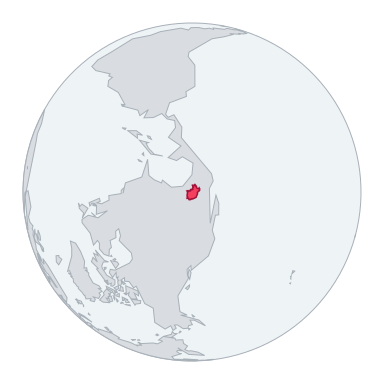 globe centered on Coahuila, rotated 215°
{"feature_id": "MEX-2708", "entity_name": "Coahuila", "entity_type": "State", "adm_level": 1, "iso_a3": "MEX", "parent_name": "Mexico", "parent_adm1": "", "projection": "orthographic", "projection_center": [-101.519, 27.229], "detail": "fine", "context": "on_globe", "style": "filled", "palette": "rose", "viewbox_px": 384, "rotation_deg": 215, "n_neighbors": 0, "source": "natural_earth", "source_scale": "10m", "svg_char_len": 11286}
<svg xmlns="http://www.w3.org/2000/svg" viewBox="0 0 384 384"><g transform="rotate(215 192 192)"><circle cx="192" cy="192" r="169" fill="#eef3f6" stroke="#a8b0b8"/><path d="M32.9,248.4L33.3,249.6L32.9,248.4ZM258.2,240.5L254.4,239.5L251.1,244.9L237.5,239.3L231.9,230.4L186.5,218.2L181.0,213.2L179.8,204.9L159.1,176.8L170.6,203.2L163.6,198.1L157.0,188.6L159.5,186.4L153.5,172.4L146.5,166.8L141.9,149.1L147.7,127.4L150.7,131.1L151.7,125.9L148.0,121.2L145.4,119.4L144.0,98.8L133.3,87.1L125.4,88.4L130.6,84.6L112.8,91.1L104.2,90.1L116.7,88.3L120.1,85.9L115.6,83.5L118.1,80.7L117.3,78.0L120.8,75.0L127.8,74.7L130.1,72.9L126.8,71.4L128.1,67.8L132.7,70.2L135.4,64.3L147.7,63.8L157.1,74.6L166.7,73.5L183.7,82.8L184.9,80.0L192.1,82.5L196.1,80.3L198.1,83.1L199.7,79.1L197.1,77.0L196.9,74.6L199.0,73.3L201.9,76.5L201.3,77.6L203.3,77.9L203.8,80.1L204.8,78.3L208.0,82.6L208.0,76.5L213.3,78.4L214.6,81.8L210.2,83.8L202.4,98.0L202.4,102.9L206.7,107.3L223.8,110.4L225.5,115.2L231.0,119.9L232.0,116.0L228.1,111.0L231.3,105.3L226.2,100.3L226.8,97.5L223.2,91.9L228.3,90.5L235.2,92.3L238.5,97.0L241.6,98.1L242.2,92.0L251.8,99.9L264.4,103.8L266.4,106.4L263.6,113.5L254.2,117.0L250.5,128.1L257.6,118.8L262.4,126.2L265.2,126.7L267.6,125.4L267.6,121.9L270.2,124.2L264.3,133.7L261.8,131.8L263.7,128.6L259.3,130.5L255.3,137.8L258.1,141.4L249.1,150.1L251.0,152.9L250.1,156.7L247.7,151.4L251.8,161.3L241.7,175.5L247.1,193.3L236.8,180.8L230.0,180.3L222.2,181.9L223.0,184.8L211.6,184.1L202.9,191.4L201.9,206.0L207.7,216.3L220.1,215.4L222.7,208.9L231.3,206.5L227.4,223.4L242.7,223.3L242.4,235.3L247.2,240.6L254.3,237.6L261.8,238.9L266.3,230.9L273.9,225.2L275.0,234.5L278.5,224.7L283.3,228.0L297.9,222.6L297.0,225.1L309.5,231.3L321.5,230.3L324.3,235.5L323.0,240.3L326.8,239.3L326.8,241.8L340.4,236.3L346.0,237.3L344.9,246.1L338.4,260.3L328.5,283.4L315.8,296.6L309.8,305.3L295.1,319.8L287.8,322.7L287.1,326.1L280.7,330.6L275.2,332.9L271.8,336.1L267.6,337.6L268.7,338.5L258.5,344.0L257.5,345.9L249.3,349.6L248.8,350.4L246.9,350.9L244.0,351.9L242.6,352.6L238.3,353.1L240.8,350.7L245.1,348.6L242.6,349.0L252.1,343.3L248.3,345.0L255.1,337.2L263.5,329.0L274.7,304.9L272.8,300.7L262.4,297.5L250.2,280.2L254.5,270.7L251.4,267.1L261.6,252.2L258.2,240.5ZM62.4,186.1L63.2,182.2L64.3,185.4L62.4,186.1ZM62.7,179.4L62.6,180.8L62.4,179.6L62.7,179.4ZM61.8,178.2L62.4,179.1L61.6,178.5L61.8,178.2ZM60.6,177.0L61.3,177.5L61.2,177.6L60.6,177.0ZM247.4,199.5L264.8,204.3L256.0,207.5L257.5,205.6L252.9,203.0L244.6,201.3L236.6,204.7L247.4,199.5ZM59.1,174.1L58.8,173.2L59.6,173.3L59.1,174.1ZM252.7,188.1L249.8,188.0L252.5,187.3L252.7,188.1ZM143.8,119.2L147.7,121.5L150.1,127.0L146.5,125.4L143.8,119.2ZM139.6,109.5L142.1,109.4L140.7,114.5L139.7,112.9L139.6,109.5ZM119.3,90.3L122.0,91.5L118.5,91.4L119.3,90.3ZM116.6,78.2L115.1,78.9L115.4,77.3L116.6,78.2ZM220.6,93.2L221.9,92.6L221.9,93.9L220.6,93.2ZM217.9,91.4L217.0,93.4L215.5,92.9L216.1,91.7L217.9,91.4ZM120.8,71.3L121.8,68.8L122.0,71.3L120.8,71.3ZM219.3,89.1L213.1,91.8L210.6,90.9L210.7,85.6L219.3,89.1ZM123.1,67.3L125.3,61.6L122.0,62.4L132.6,57.3L127.2,63.6L128.1,66.4L125.6,65.8L123.1,67.3ZM195.3,76.9L198.2,79.1L193.8,78.6L195.3,76.9ZM192.5,77.2L179.4,79.9L176.2,76.3L181.3,76.0L175.6,72.8L180.5,69.7L184.8,70.8L185.8,73.6L186.9,70.3L192.5,77.2ZM138.1,55.7L139.6,54.4L139.3,55.7L138.1,55.7ZM196.4,73.6L194.1,74.3L191.2,71.3L195.4,69.3L195.0,70.9L196.4,73.6ZM171.7,73.6L170.3,71.1L173.9,67.9L173.8,66.6L180.4,69.3L171.7,73.6ZM196.7,71.0L197.6,68.5L201.0,68.8L198.6,72.8L196.7,71.0ZM188.6,71.4L187.5,69.9L189.5,70.0L188.6,71.4ZM213.3,69.1L210.5,69.7L208.8,68.1L213.3,69.1ZM197.8,67.5L196.6,67.4L195.6,67.0L196.9,65.5L197.8,67.5ZM182.5,67.0L184.3,66.3L180.0,65.7L182.5,63.5L186.4,65.8L185.8,63.9L186.6,63.2L188.9,65.9L182.5,67.0ZM195.1,62.6L201.0,65.2L206.5,64.3L208.2,65.6L199.0,67.0L195.1,62.6ZM191.3,64.3L194.0,63.5L194.8,65.4L193.3,67.1L191.3,64.3ZM182.8,61.2L177.9,64.0L177.2,63.4L182.8,61.2ZM196.6,61.9L195.2,61.4L196.9,61.7L196.6,61.9ZM186.9,61.0L185.3,61.9L184.5,61.3L186.9,61.0ZM193.6,59.5L195.5,60.3L194.6,61.4L193.6,59.5ZM190.4,59.8L189.8,58.7L193.1,61.3L189.8,60.4L190.4,59.8ZM186.5,60.2L185.5,60.1L187.3,59.9L186.5,60.2ZM196.1,55.1L200.5,58.1L198.4,60.4L194.4,57.1L196.1,55.1ZM244.5,352.4L238.1,353.4L242.2,352.8L247.7,350.8L250.0,350.5L244.5,352.4ZM259.5,346.6L264.3,344.4L264.7,344.4L261.5,345.9L259.5,346.6ZM299.9,62.0L299.2,61.9L302.8,64.8L303.5,65.1L307.1,68.3L305.2,67.7L311.4,75.1L325.7,92.2L328.0,97.1L327.0,99.0L315.4,87.4L311.6,77.8L307.4,74.3L302.7,73.0L302.0,70.4L299.6,69.0L297.6,65.7L289.4,58.9L286.6,55.7L278.2,51.4L275.6,49.4L281.3,52.4L283.8,53.1L276.1,46.5L273.1,44.7L268.2,42.7L266.7,41.4L263.0,40.3L256.1,36.7L261.4,40.5L255.9,38.9L248.9,36.2L248.0,36.5L259.4,41.1L263.1,42.4L264.8,42.3L275.7,47.5L279.4,50.2L271.7,48.0L276.1,51.9L268.1,49.1L242.1,37.4L233.9,33.9L231.4,29.7L236.3,30.7L239.6,32.5L241.3,31.6L238.9,31.3L237.6,30.5L232.0,29.4L230.8,28.8L227.4,29.0L225.4,28.2L227.6,28.1L217.5,26.6L211.9,25.3L210.2,25.3L209.9,25.6L202.9,24.2L202.0,24.3L203.9,24.7L203.2,25.3L199.3,26.0L197.1,25.4L198.2,25.1L197.2,24.0L200.5,23.6L199.2,23.5L195.8,23.7L197.0,25.1L195.3,25.7L194.0,24.9L194.4,25.2L192.8,25.4L189.2,25.1L190.3,26.1L176.3,30.4L167.9,31.0L168.3,29.4L156.2,33.4L147.7,34.8L149.5,35.0L144.9,37.8L147.5,37.3L148.0,37.7L137.4,45.9L133.2,47.8L130.6,52.6L131.5,52.9L134.5,51.6L132.6,57.3L122.0,62.4L120.4,61.4L114.8,65.7L112.1,63.1L107.3,63.3L107.5,58.7L103.6,59.7L101.9,61.3L95.3,64.2L87.9,65.4L101.6,57.1L114.3,56.2L109.8,55.7L113.1,53.8L112.9,52.5L109.5,52.6L107.7,53.8L114.1,45.6L110.5,44.8L105.2,48.5L99.9,51.7L91.2,56.5L91.3,56.3L101.1,49.6L111.3,43.6L121.9,38.3L132.8,33.8L144.0,30.0L155.5,27.0L167.1,24.9L178.8,23.6L190.7,23.0L202.5,23.4L214.3,24.5L225.9,26.5L237.4,29.3L248.7,32.8L259.7,37.2L270.4,42.3L280.7,48.2L290.5,54.7L299.9,62.0ZM360.1,175.4L359.7,174.3L354.5,161.8L352.1,151.2L348.1,142.8L328.5,98.1L328.3,95.2L317.4,78.8L316.7,78.0L317.1,78.4L324.8,87.5L331.9,97.2L338.3,107.4L343.9,118.0L348.8,129.0L352.8,140.2L356.1,151.8L358.5,163.5L360.1,175.4ZM339.8,116.2L341.5,118.8L339.8,116.2ZM298.3,222.3L300.2,223.4L298.0,224.4L298.3,222.3ZM255.4,211.8L258.8,211.3L260.8,212.4L258.3,213.4L255.4,211.8ZM282.6,204.7L286.2,204.5L282.7,206.4L282.6,204.7ZM267.4,204.8L279.7,205.4L272.8,210.3L265.0,210.1L270.1,207.9L267.4,204.8ZM252.3,194.2L254.6,194.4L254.3,196.4L252.3,194.2ZM254.7,187.7L253.9,188.0L252.6,186.7L254.7,187.7ZM262.7,125.6L263.3,124.9L266.1,124.2L265.3,126.0L262.7,125.6ZM274.8,113.9L278.8,117.9L275.5,116.1L275.2,119.0L267.9,119.0L267.0,107.8L268.7,112.7L274.8,113.9ZM257.9,116.5L262.7,117.4L257.5,116.9L257.9,116.5ZM288.4,65.7L289.5,65.0L292.9,67.3L296.4,72.6L291.5,69.2L288.4,65.7ZM290.2,63.7L281.5,60.7L279.0,57.8L281.9,59.8L281.1,58.2L285.5,61.2L291.6,61.7L295.0,63.9L299.7,71.7L296.3,67.7L295.4,68.4L290.2,63.7ZM263.8,62.5L260.0,62.2L259.4,55.9L263.0,56.9L266.8,61.8L264.7,63.6L263.8,62.5ZM220.7,79.8L219.3,81.0L218.5,80.0L219.0,78.2L220.7,79.8ZM212.1,69.5L226.0,74.2L225.1,75.6L234.4,77.2L235.6,81.7L229.5,80.4L237.4,85.4L232.4,86.0L238.0,89.1L224.5,85.7L220.3,86.9L224.5,83.8L223.5,79.6L221.8,78.1L214.0,74.9L204.6,75.7L202.1,72.1L202.9,69.3L204.7,68.5L205.8,71.0L207.6,68.2L210.5,71.3L212.1,69.5ZM213.1,44.6L213.5,46.8L217.6,43.6L220.5,45.9L220.8,45.4L224.6,46.8L229.8,47.7L230.5,49.0L232.2,48.9L234.7,49.9L237.3,50.2L239.5,52.7L242.8,53.4L241.9,54.2L247.1,54.8L244.2,55.6L247.3,57.3L248.4,55.6L253.8,70.6L258.3,77.0L263.5,82.1L257.9,83.3L249.4,79.5L240.3,73.7L236.8,67.7L234.9,69.6L232.7,67.4L235.1,66.8L230.1,66.4L228.9,64.5L220.8,60.7L214.2,61.8L211.1,60.6L213.1,59.3L208.6,59.1L210.2,55.9L208.0,55.1L207.4,51.3L212.6,49.5L209.7,48.7L209.1,46.1L213.1,44.6ZM196.1,54.0L201.6,50.8L205.8,50.6L205.0,57.4L206.8,58.6L206.4,63.4L200.2,63.6L200.9,62.2L200.1,60.9L202.4,61.3L200.0,60.0L200.8,58.1L199.2,56.6L201.4,55.9L196.1,54.0ZM312.2,73.9L310.9,72.4L314.1,75.4L315.1,76.7L312.2,73.9ZM307.4,69.3L310.6,72.1L309.5,71.3L307.4,69.3ZM279.8,51.2L278.1,49.8L279.0,50.1L281.2,51.4L279.8,51.2ZM225.8,37.3L225.4,38.2L224.2,37.9L220.1,39.0L217.7,37.6L219.1,36.5L225.8,37.3ZM222.4,36.0L221.1,36.5L220.7,35.5L222.4,36.0ZM215.6,36.8L214.7,35.6L216.9,37.6L215.6,36.8ZM199.2,28.0L207.6,27.7L212.0,27.3L211.9,26.4L215.7,27.8L208.9,28.5L199.2,28.0ZM179.4,30.0L179.5,31.3L177.0,31.2L176.7,30.9L179.4,30.0ZM181.1,30.4L185.8,31.2L184.3,32.3L180.9,31.4L181.1,30.4ZM204.4,32.6L207.0,32.5L207.3,33.3L204.4,32.6ZM33.0,249.2L33.9,251.6L33.8,251.2L33.0,249.2ZM33.3,249.6L32.6,248.0L32.9,248.4L33.3,249.6ZM82.0,63.7L86.1,60.6L81.0,65.2L78.7,67.1L78.5,66.9L81.2,64.5L82.0,63.7ZM85.9,61.1L88.6,58.8L101.9,50.7L103.4,50.3L90.6,58.2L92.4,56.5L90.0,57.9L85.9,61.1ZM138.1,54.3L139.5,54.4L137.6,55.2L138.1,54.3ZM149.6,37.5L149.9,38.1L147.7,38.8L149.6,37.5ZM149.8,40.5L152.0,39.2L150.6,40.8L149.8,40.5ZM156.8,36.6L153.3,38.9L155.4,36.4L156.8,36.6Z" fill="#d9dde1" stroke="#a8b0b8" stroke-width="1"/><path d="M190.0,184.1L190.1,184.3L190.4,184.3L190.5,184.4L190.8,184.4L191.0,184.4L191.3,184.4L191.7,184.5L191.8,184.5L191.9,184.4L192.0,184.4L191.9,184.5L192.0,184.5L192.1,184.4L192.1,184.5L192.3,184.5L192.4,184.8L192.5,184.9L192.5,185.0L192.7,184.9L192.8,185.0L192.9,185.3L193.0,185.3L193.3,185.5L193.6,185.8L193.8,186.0L193.9,186.3L194.1,186.4L194.2,186.5L194.3,186.8L194.3,187.0L194.5,187.2L194.5,187.3L194.7,187.6L194.8,187.8L194.9,188.0L195.0,188.2L195.0,188.3L195.1,188.5L195.2,188.8L195.3,188.9L195.3,189.0L195.5,189.1L195.8,189.3L195.9,189.5L196.0,189.6L196.1,189.8L196.2,190.0L196.3,190.0L196.2,190.1L196.3,190.1L196.3,190.3L196.5,190.4L196.1,190.8L196.0,190.7L195.5,190.3L195.4,190.4L195.2,190.5L195.0,190.8L194.9,191.4L194.8,191.5L194.7,191.6L194.3,191.7L194.2,191.8L193.9,192.0L193.9,192.5L194.0,192.5L194.2,192.4L194.3,192.4L194.3,192.5L194.5,192.5L194.5,193.0L194.5,193.4L194.4,193.5L194.2,193.7L194.1,193.8L194.0,193.5L192.8,194.5L193.0,194.7L193.1,194.8L193.2,195.0L193.3,195.2L193.5,195.3L193.6,195.5L193.8,195.7L193.8,195.8L193.8,196.0L193.8,196.3L193.9,196.5L194.0,196.6L194.3,196.8L194.5,196.9L194.5,197.0L194.3,197.0L194.2,197.0L194.3,197.1L194.5,197.3L194.8,197.5L195.0,197.5L195.3,197.6L195.5,197.7L195.4,197.8L195.3,198.0L195.2,197.9L195.2,198.0L194.9,198.0L194.7,197.9L194.3,197.9L194.1,198.0L193.9,198.2L193.9,198.3L193.9,198.5L194.0,198.5L193.9,198.8L194.0,199.1L194.0,199.3L193.9,199.7L193.9,199.8L193.6,199.7L193.4,199.7L193.2,199.7L193.0,199.4L192.9,199.3L192.9,199.2L192.7,199.1L192.3,199.3L192.2,199.3L191.7,199.3L191.7,199.2L191.9,199.1L191.8,198.9L191.7,198.9L191.4,198.8L191.3,198.7L191.2,198.5L191.1,198.4L190.3,198.1L190.2,198.1L189.2,198.2L189.0,198.3L188.9,198.3L188.7,198.6L188.6,198.8L188.5,199.4L188.3,199.2L188.1,199.1L187.7,199.0L187.5,198.9L187.4,198.9L187.4,198.7L187.4,198.4L187.2,198.3L187.1,198.2L186.9,198.0L186.9,197.9L186.7,197.7L186.8,197.4L186.9,197.2L186.8,196.9L187.0,196.8L187.1,196.7L187.2,196.4L187.2,196.1L187.2,195.5L187.2,195.4L187.2,195.2L187.3,194.8L187.4,194.7L187.2,194.4L187.0,194.2L186.4,193.7L185.8,190.7L185.6,189.9L186.0,189.3L186.5,188.3L187.2,187.1L187.4,186.7L187.6,186.7L187.7,186.8L187.8,186.8L187.9,186.7L188.0,186.5L188.1,186.4L188.2,186.2L188.3,186.2L188.5,186.1L188.4,186.0L188.5,185.9L188.5,185.7L188.6,185.4L188.7,185.2L188.8,185.1L188.9,184.9L189.0,184.7L189.3,184.5L189.5,184.5L189.8,184.4L189.8,184.2L190.0,184.1Z" fill="#f43f5e" stroke="#9f1239" stroke-width="1.5"/></g></svg>